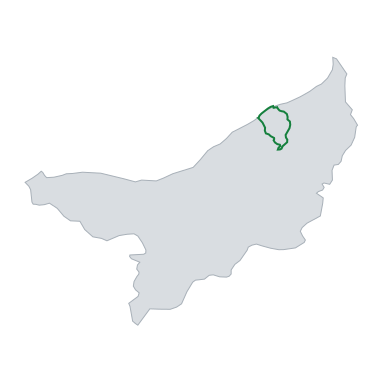 Glodeni on a map of Moldova (orthographic projection), rotated 89°
{"feature_id": "MDA-1621", "entity_name": "Glodeni", "entity_type": "District", "adm_level": 1, "iso_a3": "MDA", "parent_name": "Moldova", "parent_adm1": "", "projection": "orthographic", "projection_center": [27.543, 47.723], "detail": "fine", "context": "in_parent", "style": "outline", "palette": "green", "viewbox_px": 384, "rotation_deg": 89, "n_neighbors": 0, "source": "natural_earth", "source_scale": "10m", "svg_char_len": 2508}
<svg xmlns="http://www.w3.org/2000/svg" viewBox="0 0 384 384"><g transform="rotate(89 192 192)"><path d="M59.8,48.9L61.4,45.2L76.7,35.1L80.6,36.8L88.5,37.3L104.6,37.0L112.6,30.3L117.4,32.2L121.4,29.1L128.1,25.3L129.0,26.1L129.9,26.7L140.2,28.4L147.9,32.1L153.1,37.7L158.4,41.1L163.9,42.4L167.0,45.2L167.6,49.5L172.8,51.6L182.5,51.4L186.7,54.2L185.3,59.9L186.3,61.8L189.7,59.8L192.3,61.4L193.8,65.6L195.4,67.6L200.2,60.9L205.5,61.5L218.2,64.1L225.2,77.6L229.5,82.5L233.2,84.4L237.9,82.2L242.0,79.5L244.4,80.7L249.7,89.6L251.2,101.4L251.2,106.2L249.6,114.3L247.1,122.9L245.2,128.5L246.2,133.0L248.1,136.7L251.2,137.9L261.3,145.2L265.1,150.4L270.6,154.2L274.7,154.3L276.9,156.4L277.7,159.0L277.3,165.8L275.2,172.2L275.6,176.3L279.3,181.0L279.9,186.6L280.2,190.1L282.2,192.9L291.6,198.8L303.6,204.4L306.8,209.4L308.9,215.8L308.6,226.7L308.1,236.2L324.2,248.5L322.5,250.9L320.1,253.6L305.2,256.0L302.2,257.2L295.4,247.7L291.9,246.6L288.8,250.2L285.1,252.3L280.5,251.5L275.6,248.6L273.1,246.6L271.1,246.4L268.1,248.6L264.0,247.8L261.3,245.4L257.7,253.7L255.4,255.5L253.9,255.2L253.4,241.4L252.2,239.3L249.2,239.1L241.9,242.5L235.1,246.9L232.8,250.7L233.1,257.5L234.3,265.6L239.3,277.9L236.8,283.3L235.1,291.9L227.7,299.9L219.3,304.6L218.7,314.0L214.0,320.5L206.0,327.0L200.7,334.7L202.1,340.0L202.5,345.0L201.6,348.4L201.4,351.0L199.3,352.2L186.9,353.3L183.4,355.0L179.4,358.7L175.5,351.7L171.5,345.7L168.6,342.4L169.8,340.9L172.9,339.1L175.1,337.1L174.8,329.8L173.1,321.5L171.6,317.4L171.4,311.1L170.3,301.2L171.6,282.9L177.6,259.9L180.9,248.4L179.2,242.2L180.3,227.5L177.6,220.3L173.4,210.9L167.4,190.4L160.0,183.3L150.9,175.5L147.1,169.6L144.5,163.1L139.1,156.6L132.9,150.7L125.6,135.8L121.8,129.0L120.6,127.2L112.3,117.7L108.0,109.0L105.8,101.9L104.5,95.4L98.8,82.4L93.5,72.6L88.6,65.7L86.3,60.7L80.5,54.5L72.2,49.5L66.8,48.6L59.8,48.9Z" fill="#d9dde1" stroke="#a8b0b8" stroke-width="1"/><path d="M119.2,124.5L119.1,124.1L116.8,123.2L114.7,121.1L109.9,114.7L108.2,111.8L107.5,109.4L109.2,109.0L109.2,108.3L108.8,107.5L109.0,106.3L108.7,105.4L109.6,105.0L110.9,104.1L112.1,103.0L112.8,101.0L113.2,98.8L115.7,95.8L118.6,95.1L121.1,95.3L123.2,92.9L126.5,92.6L129.9,93.4L136.6,97.4L139.2,97.1L141.3,95.8L143.9,96.0L147.8,100.6L150.2,101.7L151.0,103.3L151.1,105.4L149.2,104.7L147.6,102.9L146.3,103.3L145.6,105.9L143.9,108.2L141.7,109.5L140.5,108.9L139.4,109.0L137.5,112.4L136.6,113.3L135.7,114.2L134.7,117.1L131.9,118.1L129.0,117.8L123.8,120.3L119.2,124.5Z" fill="none" stroke="#15803d" stroke-width="2"/></g></svg>